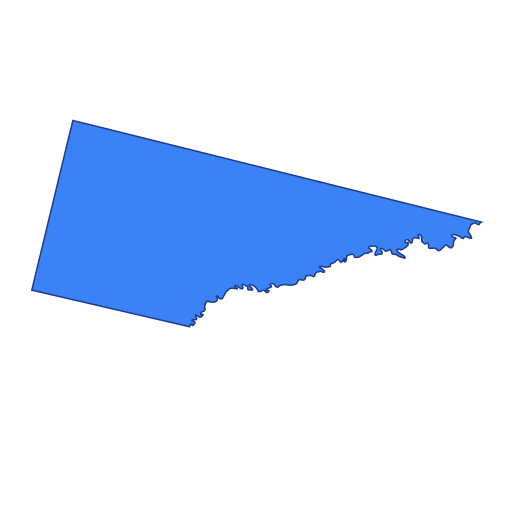 outline of Ramón Lista, Formosa, Argentina, rotated 104°
{"feature_id": "61730980B94587935103567", "entity_name": "Ramón Lista", "entity_type": "district", "adm_level": 2, "iso_a3": "ARG", "parent_name": "Argentina", "parent_adm1": "Formosa", "projection": "robinson", "projection_center": [-62.112, -22.978], "detail": "fine", "context": "isolated", "style": "filled", "palette": "blue", "viewbox_px": 512, "rotation_deg": 104, "n_neighbors": 0, "source": "geoboundaries", "source_scale": "gbopen_adm2", "svg_char_len": 6064}
<svg xmlns="http://www.w3.org/2000/svg" viewBox="0 0 512 512"><g transform="rotate(104 256 256)"><path d="M340.7,303.4L339.8,303.4L339.2,303.3L338.0,302.4L337.6,302.1L337.6,301.5L337.9,301.3L338.7,301.1L338.8,300.8L338.6,300.5L338.1,299.9L336.5,299.3L335.5,299.1L335.0,299.2L334.9,299.4L334.6,300.1L334.3,302.2L334.1,302.5L333.7,302.6L333.4,302.6L333.2,302.4L332.4,299.0L332.0,298.5L331.8,298.5L330.8,298.5L328.6,300.3L328.1,300.4L327.9,300.3L327.8,299.7L327.9,299.0L328.8,297.0L329.0,296.1L328.8,295.4L328.2,294.4L326.9,293.4L326.0,293.1L325.6,293.3L325.5,293.7L325.6,294.1L326.1,294.6L326.3,295.0L325.9,295.5L325.2,295.7L324.5,295.6L323.1,294.7L321.9,293.1L320.9,292.6L319.8,292.5L318.5,293.3L317.6,293.5L314.3,293.6L312.5,292.7L311.7,292.6L311.2,292.1L311.2,291.6L311.6,290.9L311.8,290.2L311.7,289.1L311.4,287.3L311.0,285.9L310.7,285.0L309.8,283.9L308.4,283.1L307.5,283.1L306.6,283.0L306.3,283.1L305.9,283.6L305.4,284.1L304.9,284.8L304.5,284.8L304.3,284.6L304.2,284.1L304.3,283.0L304.7,282.5L305.7,281.7L306.1,280.6L306.0,279.3L305.8,278.9L305.3,278.4L304.9,278.2L302.3,277.6L300.6,277.0L300.1,276.9L299.1,276.9L298.8,276.8L297.5,276.0L296.5,275.2L295.7,274.7L294.9,274.4L294.3,274.0L293.2,272.2L293.0,271.2L292.6,268.6L292.6,266.9L292.5,266.5L292.4,266.3L292.1,266.3L291.8,266.6L291.5,267.3L291.4,268.0L291.0,268.8L290.3,269.4L289.7,269.3L289.5,268.9L289.5,267.9L289.7,267.0L291.2,263.3L291.3,262.5L291.2,261.8L291.0,261.5L290.7,261.1L290.2,260.9L289.7,261.0L289.2,261.3L288.5,262.2L288.1,262.5L287.5,262.7L287.2,262.6L287.0,262.4L286.8,261.8L286.7,261.4L287.6,257.1L288.0,256.6L288.6,256.3L290.1,256.1L290.6,255.5L290.6,254.4L290.3,253.3L290.3,252.5L289.9,251.5L289.6,251.1L289.0,251.2L288.2,252.5L287.3,253.5L286.6,254.9L286.2,255.4L285.6,255.5L285.2,255.2L285.0,254.7L285.1,253.3L285.3,251.8L285.5,250.9L286.0,249.5L287.3,247.6L288.6,245.9L289.8,245.3L289.9,244.7L289.3,243.0L287.3,240.5L287.5,239.4L288.8,237.5L288.9,236.9L288.8,236.3L287.4,235.1L287.0,234.9L286.5,235.1L286.5,235.5L286.7,237.0L286.7,237.6L286.5,237.9L285.9,238.0L285.3,237.5L282.4,233.8L281.7,233.6L281.3,233.9L280.7,235.3L280.2,235.5L279.7,235.2L279.0,234.2L278.7,233.0L278.8,232.2L279.0,231.6L280.5,229.9L281.1,228.8L281.1,227.8L280.7,226.9L279.5,226.3L278.5,225.2L276.9,222.0L276.0,215.6L275.7,214.7L275.1,212.9L273.8,210.9L272.8,210.0L272.3,209.8L270.2,209.2L269.5,209.1L269.1,208.9L268.7,208.4L268.4,208.0L268.2,207.3L268.0,204.2L267.8,203.7L267.5,203.4L266.8,203.0L266.1,202.7L264.1,202.8L263.7,202.7L263.3,202.5L262.9,201.8L262.6,200.6L261.6,198.8L261.8,197.1L262.0,195.9L262.1,195.4L261.9,194.9L261.6,194.6L261.1,194.3L259.5,194.5L258.9,194.4L257.3,193.3L256.6,192.4L256.2,191.6L255.6,190.5L255.2,189.5L255.3,188.7L255.5,187.8L255.5,186.8L255.2,185.9L254.9,185.8L254.4,185.7L254.0,185.9L253.7,186.3L252.3,188.9L252.0,190.0L252.0,190.8L251.7,191.5L251.4,191.8L250.9,191.7L250.4,190.9L250.3,190.3L250.1,187.9L250.0,187.3L250.0,186.3L249.8,185.2L249.0,183.0L248.1,181.5L247.8,181.3L247.6,181.3L247.0,181.4L246.2,181.8L245.5,181.7L245.2,181.3L244.6,180.1L243.8,178.9L242.8,178.0L240.3,176.6L239.7,175.8L239.5,175.4L239.5,174.9L240.1,174.1L240.8,173.5L241.1,173.1L241.4,172.2L241.4,171.7L240.9,171.2L239.7,170.6L238.1,170.2L237.6,169.9L237.2,169.6L237.1,169.1L237.1,168.9L237.5,168.6L238.2,168.6L238.7,168.8L239.6,169.2L240.0,169.2L240.2,168.8L240.2,168.1L239.8,167.8L238.2,167.4L234.4,167.9L233.8,167.7L233.0,166.9L231.8,164.8L231.1,163.5L231.0,161.9L231.3,161.3L232.6,160.5L233.2,160.0L233.3,159.5L233.2,158.8L232.6,157.0L231.9,155.7L229.8,153.5L227.6,151.7L226.8,150.6L226.2,148.1L225.5,147.4L224.6,146.8L223.7,144.7L223.1,144.6L222.7,144.8L221.9,146.3L220.9,148.7L220.3,148.9L219.9,148.8L219.3,148.1L218.0,144.9L217.6,142.7L217.8,141.7L218.7,140.4L219.4,140.2L220.3,140.2L221.3,140.5L224.1,141.1L225.2,141.1L225.9,140.9L226.3,140.5L226.4,140.0L225.4,138.4L224.6,137.3L223.8,134.7L223.2,134.3L222.7,134.3L221.4,134.8L220.5,135.7L219.9,136.7L219.4,137.0L218.9,137.0L218.6,136.9L218.3,136.2L218.3,135.0L218.5,134.3L219.9,131.7L219.9,131.2L219.7,130.7L218.9,129.4L217.6,128.1L217.4,127.7L217.3,127.3L217.5,126.9L220.9,124.4L221.1,123.9L221.1,123.3L220.7,121.7L220.7,121.0L220.8,120.1L221.4,118.5L221.8,116.8L222.0,113.1L222.3,111.8L222.2,111.3L222.0,111.0L221.5,111.0L220.9,111.3L219.9,112.8L218.5,117.3L217.6,119.3L216.3,120.6L216.1,120.8L215.8,120.8L215.4,120.6L214.9,119.2L214.9,117.8L215.1,117.0L215.0,116.7L213.9,115.3L212.4,114.1L211.8,113.2L209.4,111.4L208.4,111.1L207.7,111.2L206.6,111.5L206.0,112.0L206.2,112.4L206.8,112.9L207.1,113.4L207.0,113.9L206.7,114.5L206.0,114.9L204.7,114.7L203.9,114.1L203.5,113.3L203.4,112.8L203.6,112.1L205.9,109.4L206.0,109.0L206.0,108.6L205.7,108.3L204.7,107.8L202.2,108.1L201.4,108.0L200.8,107.6L199.8,106.3L199.6,105.6L199.6,104.5L199.8,103.0L199.7,102.5L199.6,102.2L199.1,102.2L198.7,102.3L197.4,103.1L196.7,103.7L196.2,103.8L195.9,103.5L195.8,102.7L195.9,101.8L196.2,101.0L196.8,100.5L198.4,99.6L201.8,98.6L202.2,98.2L202.5,97.2L203.5,95.2L203.4,94.6L203.1,94.3L202.6,93.9L202.3,93.4L202.2,92.6L202.4,92.1L203.3,91.4L206.0,90.6L206.3,90.4L206.6,89.7L206.4,88.8L206.1,88.2L205.7,86.4L205.5,85.8L205.3,85.6L205.2,84.2L205.3,83.2L205.6,82.1L206.7,81.0L206.8,80.8L206.5,79.6L206.1,79.1L205.4,78.4L199.9,75.0L199.2,74.3L199.3,73.5L199.8,72.4L200.5,71.3L201.0,69.9L200.9,68.9L200.7,68.2L199.3,67.5L198.5,67.3L196.9,67.3L194.8,67.8L193.5,67.7L192.2,67.2L190.9,66.4L190.4,66.3L190.1,66.5L190.0,67.0L190.1,68.9L189.8,69.8L189.2,70.7L188.8,71.0L188.4,71.0L188.1,70.8L187.7,70.3L187.2,69.2L187.2,67.1L187.4,65.9L187.6,64.2L188.0,62.6L188.4,61.3L188.9,60.4L188.9,59.6L188.6,59.0L186.8,58.5L186.6,58.3L186.5,58.0L186.6,57.1L186.5,55.9L186.8,54.3L186.9,53.0L186.8,51.7L186.7,51.4L186.5,51.2L185.9,51.3L185.1,52.1L184.5,52.4L184.2,52.8L183.4,53.4L182.5,54.4L182.0,55.1L180.2,56.1L179.4,56.1L178.1,55.7L176.8,55.4L175.3,55.3L173.9,55.0L173.2,54.6L172.6,53.9L171.6,52.9L171.1,52.3L170.9,51.6L171.8,48.3L171.7,47.4L171.1,47.0L169.1,46.3L168.6,45.6L168.8,466.4L189.4,466.4L343.4,465.3L340.7,303.4Z" fill="#3b82f6" stroke="#1e3a8a" stroke-width="1.5"/></g></svg>